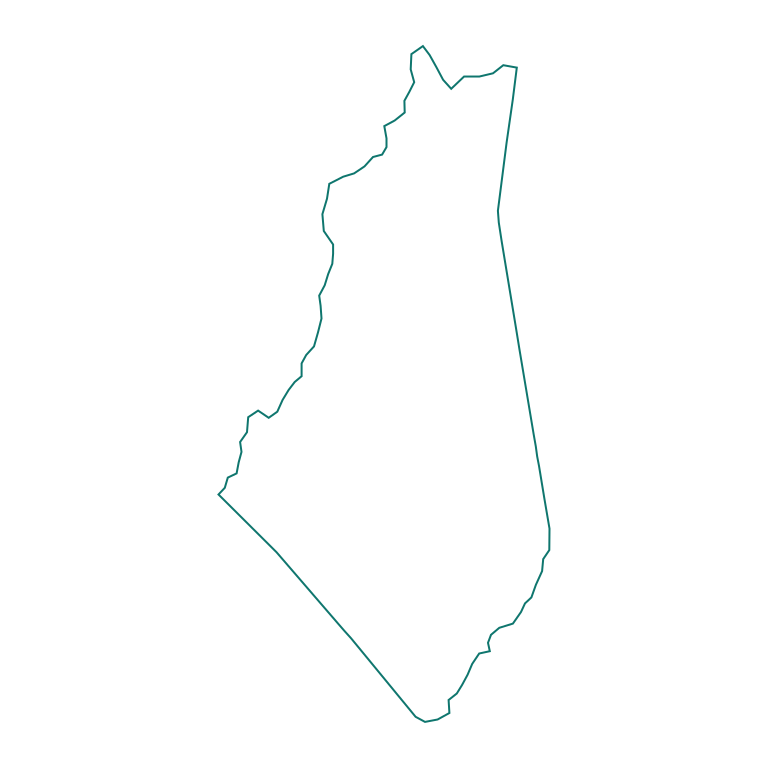 Firmino Alves, Bahia, Brazil
{"feature_id": "56859067B48990974542345", "entity_name": "Firmino Alves", "entity_type": "district", "adm_level": 2, "iso_a3": "BRA", "parent_name": "Brazil", "parent_adm1": "Bahia", "projection": "orthographic", "projection_center": [-39.914, -14.923], "detail": "fine", "context": "isolated", "style": "outline", "palette": "teal", "viewbox_px": 768, "rotation_deg": 0, "n_neighbors": 0, "source": "geoboundaries", "source_scale": "gbopen_adm2", "svg_char_len": 1275}
<svg xmlns="http://www.w3.org/2000/svg" viewBox="0 0 768 768"><path d="M516.8,67.6L503.3,65.2L493.0,73.3L479.5,76.5L464.1,76.5L451.2,88.8L443.1,79.8L436.4,67.2L429.6,55.0L422.9,46.1L411.4,54.1L410.7,69.4L414.2,82.2L409.3,91.9L404.4,100.8L404.7,112.5L394.7,120.5L384.3,126.1L386.5,138.4L386.5,147.1L382.1,154.6L373.0,157.0L364.5,166.4L354.1,173.4L343.2,176.7L329.3,183.8L327.0,198.7L322.4,214.2L323.8,231.0L333.1,244.5L333.1,253.8L332.3,263.8L328.2,274.0L324.7,285.3L319.2,295.6L320.6,305.8L321.5,318.5L318.0,332.4L314.0,346.4L306.2,355.0L301.6,363.4L301.6,376.2L294.7,382.0L288.6,390.0L282.6,399.9L277.3,411.7L268.7,417.8L258.1,410.6L248.2,417.2L247.0,432.2L240.1,442.0L241.5,451.9L238.7,462.3L236.6,473.4L227.8,477.6L224.8,487.8L218.5,494.5L276.5,552.2L338.6,624.2L344.6,631.1L351.0,638.2L415.6,716.8L425.0,721.9L437.6,719.5L449.4,713.0L448.6,700.0L456.8,693.5L462.1,684.9L467.6,674.7L472.2,663.9L479.2,653.5L489.8,651.2L488.0,642.8L491.0,634.8L499.3,627.8L512.9,623.6L521.0,612.0L525.0,603.4L531.4,597.4L535.9,584.8L542.1,571.1L543.2,559.1L549.3,550.1L549.5,528.6L544.4,498.7L539.0,465.9L537.2,456.6L535.8,446.4L533.7,434.5L519.6,350.3L515.9,327.5L501.6,240.9L498.8,222.6L497.9,210.8L506.6,142.6L512.8,99.5L516.8,67.6Z" fill="none" stroke="#0f766e" stroke-width="2"/></svg>